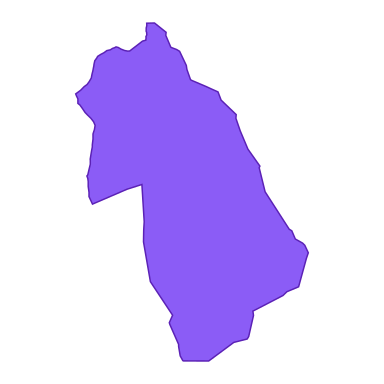 the district of Biase, Cross River, Nigeria
{"feature_id": "59680162B11436342937739", "entity_name": "Biase", "entity_type": "district", "adm_level": 2, "iso_a3": "NGA", "parent_name": "Nigeria", "parent_adm1": "Cross River", "projection": "mercator", "projection_center": [8.001, 5.543], "detail": "fine", "context": "isolated", "style": "filled", "palette": "violet", "viewbox_px": 384, "rotation_deg": 0, "n_neighbors": 0, "source": "geoboundaries", "source_scale": "gbopen_adm2", "svg_char_len": 1622}
<svg xmlns="http://www.w3.org/2000/svg" viewBox="0 0 384 384"><path d="M94.1,63.8L94.0,64.3L93.8,66.0L93.4,67.9L93.0,70.1L92.7,71.5L92.1,73.8L92.0,74.4L91.9,74.7L91.3,78.0L89.2,81.6L87.1,84.5L84.2,86.6L80.7,90.2L75.7,93.9L76.5,96.0L77.9,98.9L77.9,103.4L79.9,105.0L82.2,108.2L85.1,112.5L87.8,115.3L90.8,118.2L93.6,121.8L95.1,125.4L94.4,129.7L93.8,131.4L93.0,134.0L93.0,137.6L93.0,139.1L92.3,144.8L92.3,147.0L91.6,150.6L90.9,154.9L90.2,159.2L90.3,160.3L90.3,164.2L89.8,166.3L88.9,170.0L87.8,174.8L86.9,176.0L87.8,178.5L88.2,181.5L88.2,186.5L89.0,192.3L89.0,196.6L92.1,203.3L92.5,204.1L127.1,189.2L141.9,184.5L144.2,221.7L143.7,230.2L143.5,241.9L150.4,281.7L172.6,315.2L169.3,322.7L169.9,324.6L178.6,344.4L178.6,346.4L180.2,355.9L182.8,360.6L183.5,360.9L208.7,361.0L233.8,342.4L247.2,339.0L248.7,336.5L253.5,315.4L252.9,311.1L283.0,295.5L286.9,291.7L298.6,286.8L306.4,258.4L308.3,252.8L304.8,245.3L302.6,243.1L295.3,239.0L291.8,230.8L289.2,229.2L265.1,191.8L259.2,167.8L259.9,166.1L247.9,149.1L240.2,130.8L235.9,118.3L236.2,114.6L221.1,100.1L218.0,91.9L211.5,89.0L206.3,86.6L191.5,80.3L190.5,79.6L187.5,71.1L186.9,69.4L186.3,65.4L179.6,51.3L176.6,49.5L171.6,47.6L170.8,47.2L165.8,35.4L166.1,32.3L154.5,23.0L146.7,23.2L146.8,25.3L146.5,26.9L146.2,27.9L146.2,30.0L146.1,31.1L146.6,32.3L146.8,34.8L145.9,36.8L146.1,38.0L145.9,39.0L145.8,40.2L142.5,41.1L129.7,51.0L127.7,51.1L124.6,50.5L121.8,49.4L121.0,49.1L118.3,47.5L116.0,46.9L114.6,47.7L112.5,48.4L110.4,49.8L106.8,50.6L104.0,52.7L101.9,53.8L101.1,54.2L100.1,54.8L97.6,56.4L96.9,57.8L94.8,60.7L94.3,62.9L94.1,63.8Z" fill="#8b5cf6" stroke="#5b21b6" stroke-width="1.5"/></svg>